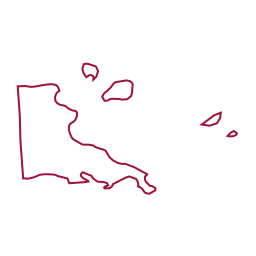 Leelanau, Michigan, United States of America, rotated 86°
{"feature_id": "52423323B5500794586231", "entity_name": "Leelanau", "entity_type": "district", "adm_level": 2, "iso_a3": "USA", "parent_name": "United States of America", "parent_adm1": "Michigan", "projection": "mercator", "projection_center": [-85.819, 45.133], "detail": "fine", "context": "isolated", "style": "outline", "palette": "rose", "viewbox_px": 256, "rotation_deg": 86, "n_neighbors": 0, "source": "geoboundaries", "source_scale": "gbopen_adm2", "svg_char_len": 2043}
<svg xmlns="http://www.w3.org/2000/svg" viewBox="0 0 256 256"><g transform="rotate(86 128 128)"><path d="M133.7,236.2L170.9,236.1L170.8,235.9L171.6,231.6L170.6,225.3L168.5,219.1L168.3,213.8L169.1,206.4L169.8,203.5L171.0,201.5L174.0,192.2L174.9,191.6L179.0,190.5L179.0,176.2L178.6,171.2L178.1,171.3L175.0,176.2L172.3,178.4L170.6,178.0L169.0,176.3L171.9,170.5L173.1,167.7L174.8,167.1L177.5,164.5L179.5,161.9L180.1,156.2L181.6,152.7L183.8,151.8L185.0,155.4L185.8,156.0L186.7,155.3L186.7,150.6L185.1,147.9L183.0,147.0L177.5,134.2L176.4,130.0L179.5,123.4L181.5,122.3L185.0,121.6L185.8,121.7L186.2,122.1L186.6,122.1L186.9,122.0L187.2,121.9L187.3,121.6L187.5,121.1L187.6,120.5L189.7,118.0L192.9,116.2L194.1,115.0L195.1,111.4L192.1,105.1L189.9,104.9L187.6,108.0L187.0,110.4L182.5,114.1L180.9,114.6L178.0,114.6L177.0,113.8L176.7,112.8L175.5,112.1L167.5,124.5L163.5,133.4L163.4,136.6L162.2,140.5L159.1,145.4L155.6,148.7L149.5,151.7L148.3,153.0L145.0,161.4L143.0,163.9L141.9,168.3L141.5,173.6L141.0,175.1L135.3,183.6L133.6,184.8L129.2,186.4L125.3,187.1L122.0,186.8L119.9,185.5L117.4,181.2L116.1,179.9L112.2,178.0L108.9,177.9L107.4,179.1L106.6,182.2L104.4,186.3L102.5,187.9L101.3,189.7L100.1,194.1L98.5,196.7L95.9,198.5L92.3,198.7L89.7,197.7L87.7,196.3L86.1,193.8L81.8,195.2L80.1,196.8L79.2,199.8L78.9,203.1L79.2,208.9L80.2,218.1L80.2,222.1L79.0,227.2L78.7,235.1L107.7,235.1L133.7,236.2ZM80.4,126.2L81.4,136.9L81.8,138.1L83.1,139.7L86.4,142.4L90.1,146.9L91.5,149.2L94.9,151.6L99.2,149.6L99.2,146.5L98.0,144.1L97.7,142.2L98.5,134.4L99.3,132.1L99.2,126.7L96.5,122.9L95.7,122.4L93.0,121.5L87.2,120.7L84.8,120.3L83.5,120.7L81.6,122.5L80.4,126.2ZM60.9,165.3L61.3,167.7L65.8,169.4L69.7,168.7L74.4,166.1L72.7,163.0L72.6,161.6L72.9,160.6L73.6,159.4L74.4,158.9L77.4,159.2L74.5,156.0L69.2,153.9L64.9,155.5L64.1,156.3L61.4,163.0L60.9,165.3ZM119.2,34.4L121.3,41.1L129.7,54.2L131.4,46.3L129.5,39.0L124.5,35.4L119.2,34.4ZM138.4,22.7L139.7,25.7L142.9,29.2L143.5,27.0L143.5,23.2L142.1,20.2L140.6,19.8L138.4,22.7Z" fill="none" stroke="#9f1239" stroke-width="2"/></g></svg>